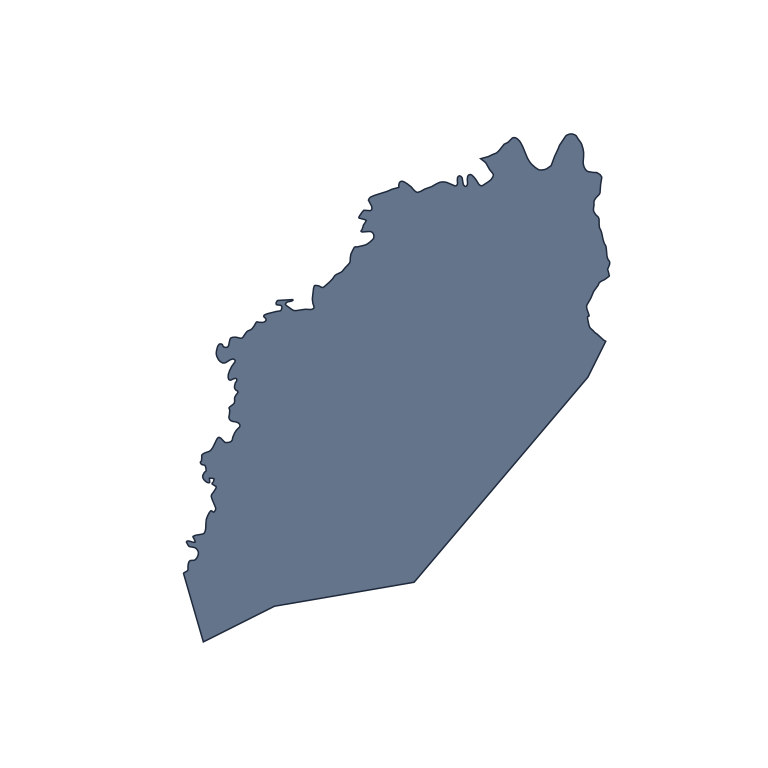 San Matias, El Paraíso, Honduras (Albers equal-area conic projection), rotated 130°
{"feature_id": "27666195B8791216164524", "entity_name": "San Matias", "entity_type": "district", "adm_level": 2, "iso_a3": "HND", "parent_name": "Honduras", "parent_adm1": "El Paraíso", "projection": "albers", "projection_center": [-86.656, 13.953], "detail": "fine", "context": "isolated", "style": "filled", "palette": "slate", "viewbox_px": 768, "rotation_deg": 130, "n_neighbors": 0, "source": "geoboundaries", "source_scale": "gbopen_adm2", "svg_char_len": 6143}
<svg xmlns="http://www.w3.org/2000/svg" viewBox="0 0 768 768"><g transform="rotate(130 384 384)"><path d="M149.3,454.8L149.1,449.9L149.2,448.0L151.9,440.8L152.8,435.9L153.4,434.7L154.4,434.1L155.7,433.7L158.9,433.4L162.2,434.1L169.0,436.2L169.5,436.6L169.9,437.5L170.1,439.6L168.4,444.7L167.7,448.0L167.5,451.1L168.0,452.5L168.7,453.1L169.5,453.5L171.1,453.4L173.7,451.8L176.0,449.5L177.3,448.5L178.6,448.0L179.8,448.1L180.2,448.5L180.6,449.2L180.4,450.9L179.8,452.0L175.8,456.7L175.5,458.7L176.1,460.1L177.0,460.5L178.5,460.4L180.6,459.0L183.3,456.4L184.8,456.0L186.1,456.3L186.6,456.9L189.3,465.7L190.9,468.3L192.8,470.3L194.0,471.1L196.7,472.4L202.2,474.4L208.5,478.1L212.8,479.7L215.5,481.3L216.1,482.4L216.3,484.1L216.1,486.6L215.5,489.8L215.7,495.0L216.3,498.8L216.7,499.9L217.5,501.0L218.7,501.6L220.0,501.6L222.3,500.5L223.4,499.2L224.3,499.3L229.5,503.0L234.4,505.4L245.7,512.6L249.6,514.5L251.4,514.6L253.2,514.1L255.7,507.9L257.1,506.2L258.3,505.6L259.3,505.6L260.2,506.1L263.5,510.7L264.0,511.2L266.7,511.2L270.1,510.9L272.0,510.6L272.8,510.2L272.9,509.8L270.2,503.8L270.1,502.8L271.8,502.3L275.4,501.9L279.2,500.3L280.6,500.0L281.5,500.0L281.8,499.8L281.8,499.0L281.4,498.2L277.1,493.8L275.9,492.3L275.5,491.4L275.5,489.6L276.1,488.0L277.5,486.5L279.2,485.6L281.1,485.6L284.1,486.0L287.1,486.7L289.2,487.5L292.6,489.9L296.0,492.5L297.6,494.3L298.4,494.6L301.4,494.0L305.9,492.8L308.9,491.0L311.9,488.7L313.7,488.1L320.1,488.5L324.4,488.4L326.1,488.8L330.5,490.8L332.1,491.3L333.5,491.3L336.3,491.0L340.2,491.2L348.2,492.4L349.0,492.6L349.7,493.3L350.2,494.5L350.6,496.5L351.1,497.7L352.5,499.9L353.3,500.5L354.3,500.2L356.1,499.4L364.8,493.7L367.8,490.5L369.8,487.3L370.6,486.7L371.6,486.6L372.5,486.9L373.8,487.7L377.4,492.4L384.5,498.7L385.6,500.2L386.0,501.5L386.6,508.3L386.6,510.0L386.3,510.7L385.3,511.1L383.9,510.9L382.6,510.3L380.8,508.7L379.4,507.8L378.3,507.6L378.0,508.2L388.2,519.0L389.2,519.3L390.3,519.1L391.3,518.8L392.1,518.0L392.3,517.5L392.1,516.7L390.4,514.3L390.1,513.4L390.2,512.5L390.6,511.8L391.3,511.2L393.2,510.4L394.1,510.3L395.3,511.0L397.5,513.0L405.1,518.5L407.7,519.9L408.8,520.0L409.5,519.6L409.8,518.9L409.8,517.4L410.3,515.9L411.0,515.3L412.0,515.2L413.7,515.7L414.7,516.4L417.2,519.6L417.9,521.1L418.4,521.5L419.3,521.5L423.1,520.8L426.3,520.6L428.2,521.0L430.6,522.3L432.0,522.7L434.8,522.6L438.7,522.1L440.0,522.3L440.6,522.7L441.4,523.7L443.0,527.0L443.9,528.3L445.6,530.0L447.1,530.9L448.0,530.9L449.3,530.5L454.4,527.8L455.6,527.6L456.5,527.7L457.7,528.7L458.6,530.5L458.5,531.6L457.7,533.1L457.8,534.0L458.1,534.7L459.2,535.8L461.1,535.8L462.9,535.3L466.0,533.8L467.9,532.6L469.2,531.4L470.3,529.8L471.2,527.9L471.9,525.7L472.1,523.8L471.7,521.4L471.1,520.4L470.2,519.5L469.1,518.9L464.5,517.4L462.3,516.2L461.8,515.5L461.5,514.5L461.5,513.7L461.8,513.0L462.8,512.4L468.3,512.0L472.9,510.9L476.8,509.4L479.2,507.6L480.2,506.0L480.3,505.2L480.0,504.4L479.3,503.7L477.3,502.9L475.6,501.8L474.9,501.0L474.9,500.2L475.3,499.5L476.0,499.0L476.8,498.7L478.5,498.7L479.6,498.2L481.5,497.3L482.8,496.3L483.7,494.7L483.9,493.2L483.5,491.7L484.2,490.6L484.9,490.4L487.4,490.3L489.8,489.9L491.2,489.2L493.2,487.3L495.1,486.4L496.0,486.4L500.4,487.4L501.9,487.4L502.3,487.0L502.8,485.9L503.5,485.1L505.9,483.4L509.3,481.4L510.3,479.8L510.6,478.1L510.1,476.1L508.3,473.2L507.5,470.8L507.6,468.9L508.0,468.1L508.7,467.4L509.8,467.0L514.0,467.4L517.4,467.0L521.8,465.7L524.6,464.2L526.2,464.2L527.5,464.7L528.7,465.6L530.0,466.9L531.0,468.3L530.4,474.3L530.7,475.8L531.4,476.5L532.3,476.7L533.7,476.6L542.4,474.4L545.5,474.1L547.0,474.3L548.4,474.8L551.4,476.7L553.2,477.5L554.7,477.9L555.5,477.9L556.1,477.6L557.4,476.4L559.8,474.7L560.6,474.4L561.8,474.5L562.4,474.0L562.8,472.9L562.8,471.6L561.7,469.7L561.5,468.5L562.5,466.9L564.4,464.8L565.2,464.4L567.1,464.8L569.9,464.3L571.4,463.5L572.5,462.1L573.1,460.2L573.3,458.0L573.1,456.3L572.5,455.0L571.8,454.3L571.3,454.3L568.4,457.2L566.9,455.3L565.8,453.4L566.0,453.1L568.1,452.0L569.1,451.8L570.5,451.9L571.0,451.6L571.1,451.1L570.5,446.8L570.6,446.5L571.3,446.0L572.2,445.7L575.6,445.2L579.4,445.0L581.0,444.3L582.7,441.8L587.0,433.5L588.0,432.5L589.7,431.9L591.5,432.0L591.9,432.6L591.9,434.3L592.2,435.0L592.6,435.2L594.6,435.2L597.6,434.6L601.6,433.3L604.6,431.3L609.3,427.7L611.8,426.3L614.0,425.9L615.4,426.4L621.1,431.2L623.4,432.3L623.8,432.2L624.1,431.8L624.7,430.0L626.0,427.4L626.3,427.1L626.8,427.1L627.9,428.4L629.1,431.4L630.2,433.3L631.1,433.9L632.1,433.8L633.4,430.6L633.7,429.1L633.6,428.5L631.2,424.3L630.9,423.1L630.8,421.8L631.1,420.4L631.5,419.2L632.2,418.1L633.6,416.9L635.4,416.1L637.7,415.6L639.7,415.6L640.9,416.0L643.7,418.9L645.1,419.2L646.3,418.9L647.7,418.3L649.9,416.8L651.8,415.1L652.9,414.6L653.8,414.6L657.2,415.9L658.0,415.8L697.7,356.6L624.7,325.1L516.5,233.5L247.7,232.2L208.7,241.6L209.2,244.1L208.8,252.6L209.1,255.5L208.7,258.2L208.6,261.5L208.2,263.1L207.0,265.1L202.8,270.4L201.5,271.3L201.0,271.2L200.3,270.6L199.6,271.0L198.0,273.5L196.1,276.8L194.6,278.5L193.2,279.3L185.4,280.7L178.2,282.9L170.8,283.4L168.2,284.2L165.7,283.7L162.2,282.1L156.9,280.8L156.3,280.9L153.6,284.5L152.5,286.4L147.5,288.0L145.9,289.1L145.1,290.2L144.5,292.7L142.7,295.4L137.6,300.5L136.1,302.2L135.5,303.2L134.9,305.1L134.2,306.5L132.4,309.2L128.3,314.4L126.7,317.1L125.8,319.4L123.1,322.1L119.9,324.8L119.0,325.9L118.3,327.7L118.3,330.0L118.0,331.4L117.1,334.0L116.4,335.1L114.5,336.6L111.8,338.2L109.8,340.1L108.2,340.9L105.2,341.3L100.3,341.0L98.7,341.4L91.9,346.3L85.8,349.9L85.4,350.5L84.7,353.0L85.2,356.9L87.5,359.8L90.0,364.1L90.4,365.6L90.1,367.8L89.1,370.3L87.1,373.1L85.8,374.2L81.2,377.5L78.2,380.0L75.9,382.7L73.5,386.3L72.6,388.3L71.6,392.4L70.3,396.3L70.5,398.1L71.4,400.4L72.4,401.7L73.7,402.8L76.0,404.0L77.3,404.2L88.3,403.0L92.2,401.7L100.1,399.6L109.3,396.3L114.5,397.7L116.5,398.8L119.1,401.2L119.9,402.2L120.5,403.6L120.9,407.1L120.8,412.1L120.1,415.5L118.7,419.4L113.0,430.3L111.1,434.9L110.7,436.7L110.5,439.2L110.7,440.9L111.2,442.2L112.1,443.2L113.0,443.8L119.4,444.4L123.1,446.1L131.2,445.9L134.7,446.3L138.3,448.3L142.8,450.3L149.3,454.8Z" fill="#64748b" stroke="#1e293b" stroke-width="1.5"/></g></svg>